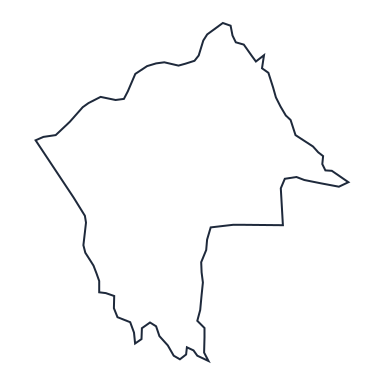 Casinhas, Pernambuco, Brazil
{"feature_id": "56859067B79988983396987", "entity_name": "Casinhas", "entity_type": "district", "adm_level": 2, "iso_a3": "BRA", "parent_name": "Brazil", "parent_adm1": "Pernambuco", "projection": "natural_earth1", "projection_center": [-35.716, -7.762], "detail": "fine", "context": "isolated", "style": "outline", "palette": "slate", "viewbox_px": 384, "rotation_deg": 0, "n_neighbors": 0, "source": "geoboundaries", "source_scale": "gbopen_adm2", "svg_char_len": 1236}
<svg xmlns="http://www.w3.org/2000/svg" viewBox="0 0 384 384"><path d="M35.6,140.3L73.7,197.7L84.9,215.8L86.0,222.6L84.9,232.3L83.4,245.2L85.3,252.7L89.9,259.9L93.5,265.6L96.5,273.4L99.2,281.0L99.2,292.3L105.8,293.1L114.2,296.0L113.9,308.2L117.5,317.2L130.2,322.2L134.0,332.6L135.1,343.5L141.5,339.1L141.9,328.2L150.0,322.5L156.1,326.3L159.4,336.1L167.8,345.4L173.7,355.7L179.9,359.3L186.1,354.5L186.9,347.3L193.5,350.4L197.3,355.7L208.5,361.0L204.1,352.6L204.5,337.2L204.5,328.0L197.3,320.8L200.2,310.0L201.6,295.0L202.9,282.5L201.6,272.4L201.2,262.2L206.2,250.0L207.1,239.6L210.7,227.4L233.1,224.8L242.2,224.8L282.9,225.2L280.8,188.3L284.8,178.8L296.4,177.0L304.3,180.0L320.8,183.3L338.9,186.7L348.4,182.2L331.8,170.8L325.4,170.4L322.3,164.1L323.1,156.1L318.2,152.3L313.0,146.5L295.5,135.1L290.6,120.0L285.8,115.5L280.5,106.5L275.9,97.4L273.1,87.5L268.4,72.8L262.0,68.3L264.0,55.2L255.9,61.5L252.0,56.2L243.8,44.6L235.8,42.3L232.5,35.5L230.6,25.7L222.8,23.0L207.2,34.4L203.3,40.5L198.7,55.5L194.5,60.8L185.4,63.7L178.5,65.6L164.3,62.3L156.1,63.4L147.1,66.1L135.3,73.9L127.8,91.4L123.9,98.9L115.6,100.0L100.6,96.9L88.6,103.0L82.7,107.2L69.8,121.8L55.7,135.1L43.4,136.9L35.6,140.3Z" fill="none" stroke="#1e293b" stroke-width="2"/></svg>